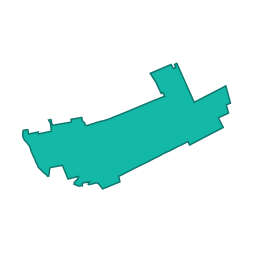 Barcea, Galati, Romania, rotated 351°
{"feature_id": "2599482B6592604514944", "entity_name": "Barcea", "entity_type": "district", "adm_level": 2, "iso_a3": "ROU", "parent_name": "Romania", "parent_adm1": "Galati", "projection": "orthographic", "projection_center": [27.463, 45.764], "detail": "fine", "context": "isolated", "style": "filled", "palette": "teal", "viewbox_px": 256, "rotation_deg": 351, "n_neighbors": 0, "source": "geoboundaries", "source_scale": "gbopen_adm2", "svg_char_len": 2065}
<svg xmlns="http://www.w3.org/2000/svg" viewBox="0 0 256 256"><g transform="rotate(351 128 128)"><path d="M233.1,119.5L231.2,101.7L197.4,113.0L186.3,71.8L183.9,72.5L184.4,76.0L183.0,76.3L182.2,76.4L180.4,72.0L158.5,77.5L162.7,87.1L166.2,99.1L167.9,98.4L169.3,102.4L169.2,102.4L162.5,103.8L162.4,103.9L159.4,104.5L154.0,105.8L135.9,110.2L135.7,110.3L127.3,112.3L117.4,114.5L110.6,116.2L109.4,116.4L103.7,117.2L102.9,117.0L96.4,117.8L96.0,118.0L94.4,118.3L93.0,118.4L87.9,119.2L86.0,118.3L86.1,116.2L85.1,115.2L84.2,114.0L84.0,113.3L84.0,110.4L73.0,110.5L73.1,113.3L53.9,113.5L53.5,111.9L53.2,107.6L50.8,107.7L52.0,110.8L52.1,112.3L51.9,117.9L51.4,119.2L38.9,119.8L38.7,119.8L38.7,117.9L28.9,118.4L28.8,114.0L28.2,113.9L27.3,113.9L26.1,113.9L24.2,113.9L23.9,114.7L23.6,115.6L23.5,115.8L23.3,116.6L23.1,117.5L23.0,118.4L22.9,119.1L22.9,120.1L22.9,120.9L23.0,121.2L23.2,121.8L23.8,123.8L25.8,126.6L27.6,130.0L28.1,131.3L28.7,135.7L30.1,141.2L31.2,144.6L31.6,147.2L32.6,149.9L33.3,152.9L36.2,156.7L36.8,157.7L36.9,157.8L37.0,157.9L37.3,158.3L37.7,159.0L38.4,159.7L39.5,160.5L40.2,161.7L40.7,162.7L41.0,163.0L41.4,163.1L41.6,163.0L41.9,163.0L42.2,163.1L44.5,155.3L46.0,154.9L57.4,154.7L60.8,169.0L63.2,168.8L68.3,168.3L69.3,168.4L69.5,168.1L70.0,168.1L71.5,168.0L71.6,168.3L71.6,168.6L71.2,169.1L70.7,169.7L70.5,170.0L70.2,170.5L69.9,170.9L69.4,171.2L68.1,172.1L67.2,172.8L66.6,173.3L66.3,173.7L66.3,173.8L66.5,174.1L66.4,174.5L66.1,174.8L65.9,175.0L68.7,176.8L69.2,177.1L70.0,177.4L70.1,177.5L71.6,177.9L72.3,177.4L73.9,178.0L74.3,175.2L75.2,175.2L75.4,175.2L76.3,175.2L76.8,175.2L81.4,175.1L80.4,175.7L79.9,177.4L80.8,177.9L88.5,177.2L90.6,179.0L93.4,184.2L111.6,179.9L111.4,174.1L113.2,173.7L113.5,173.7L116.3,172.7L116.6,172.6L121.7,170.9L121.8,170.9L122.8,170.6L126.8,169.2L143.5,164.1L144.2,163.8L149.7,162.0L155.0,160.4L158.8,158.8L160.2,158.5L163.0,157.7L165.8,157.0L171.2,155.2L172.8,154.6L177.5,153.2L185.1,150.8L186.2,154.5L205.8,147.8L222.2,142.4L218.8,132.1L229.6,129.0L228.7,120.5L233.1,119.5Z" fill="#14b8a6" stroke="#0f766e" stroke-width="1.5"/></g></svg>